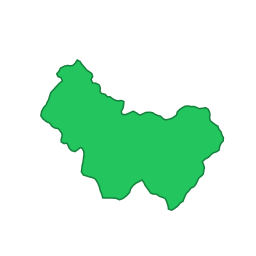 Juruaia, Minas Gerais, Brazil (Albers equal-area conic projection), rotated 223°
{"feature_id": "56859067B3043331336620", "entity_name": "Juruaia", "entity_type": "district", "adm_level": 2, "iso_a3": "BRA", "parent_name": "Brazil", "parent_adm1": "Minas Gerais", "projection": "albers", "projection_center": [-46.523, -21.229], "detail": "fine", "context": "isolated", "style": "filled", "palette": "green", "viewbox_px": 256, "rotation_deg": 223, "n_neighbors": 0, "source": "geoboundaries", "source_scale": "gbopen_adm2", "svg_char_len": 2223}
<svg xmlns="http://www.w3.org/2000/svg" viewBox="0 0 256 256"><g transform="rotate(223 128 128)"><path d="M49.5,183.4L51.7,186.1L54.2,186.8L57.3,188.6L60.9,189.1L63.5,190.6L66.2,190.0L69.3,189.7L72.5,189.4L75.1,190.9L76.8,193.3L79.1,195.2L82.1,196.4L85.1,195.8L86.8,193.4L89.3,190.6L92.3,189.7L94.5,188.7L96.1,186.9L98.6,185.5L100.9,183.2L101.9,180.7L102.8,177.1L102.9,173.4L101.3,170.4L102.3,165.7L104.1,162.2L106.1,159.6L108.7,158.7L112.1,158.9L114.9,157.4L117.9,156.3L120.4,156.0L122.9,154.3L125.6,151.5L127.0,147.9L128.3,145.3L131.6,144.9L135.6,143.9L137.2,139.9L138.9,136.1L141.6,134.0L144.1,135.3L145.3,139.4L147.3,142.4L149.1,144.6L151.7,143.5L154.0,140.8L156.4,139.6L159.3,138.8L162.4,138.6L164.4,136.7L167.6,137.1L170.9,135.1L173.7,135.8L175.2,138.1L178.2,139.8L181.7,139.0L184.6,136.8L188.2,138.4L189.0,141.7L191.7,143.1L194.4,142.8L197.6,142.2L201.2,142.7L205.1,143.1L208.4,143.9L211.5,143.1L210.8,139.3L211.0,136.2L212.6,134.0L214.8,132.6L216.7,129.9L218.2,125.7L217.2,122.4L217.1,119.0L214.4,117.9L211.1,119.1L208.1,117.6L208.6,114.8L208.7,112.0L208.7,108.5L208.6,105.4L208.6,101.2L206.9,97.6L205.3,94.4L204.7,91.7L203.6,89.0L203.7,85.5L202.4,81.1L200.1,77.5L196.4,76.7L192.1,77.0L188.5,78.2L184.8,77.4L181.7,78.0L178.6,80.0L175.2,79.5L172.7,79.0L170.7,77.2L169.1,74.0L167.3,72.3L164.2,72.9L162.2,75.3L160.0,74.4L156.9,73.0L153.8,73.0L150.7,74.5L149.9,78.3L149.5,81.4L147.0,81.7L144.5,80.7L142.3,78.9L140.3,76.0L138.5,73.6L137.0,71.3L135.8,69.0L134.1,67.0L132.2,64.1L128.6,63.2L125.3,64.8L122.0,66.4L119.6,67.8L117.1,68.4L112.8,67.3L109.1,65.6L105.4,63.2L101.6,61.5L98.8,59.6L95.4,62.7L92.0,65.9L88.6,68.5L85.3,69.7L83.7,72.9L82.9,77.3L82.9,81.9L84.6,85.2L85.0,89.2L84.6,92.9L83.4,96.2L82.2,99.6L79.0,98.9L76.6,97.8L73.7,97.2L69.9,96.5L67.1,95.9L64.6,96.8L62.3,98.9L58.2,99.6L55.5,100.8L52.9,101.8L50.0,100.8L47.4,99.4L45.0,98.0L43.2,96.3L40.0,97.7L39.1,101.0L38.4,104.4L38.7,108.5L37.8,111.9L39.2,115.3L40.7,119.7L40.6,123.5L41.0,126.9L39.8,129.9L40.0,133.1L41.2,136.8L42.1,139.9L41.6,143.0L41.5,145.6L43.3,148.2L45.0,151.0L47.7,152.7L50.6,153.9L50.5,157.5L49.1,161.7L49.1,165.4L48.6,168.1L47.2,170.7L46.3,173.8L48.6,177.5L49.5,180.4L49.5,183.4Z" fill="#22c55e" stroke="#15803d" stroke-width="1.5"/></g></svg>